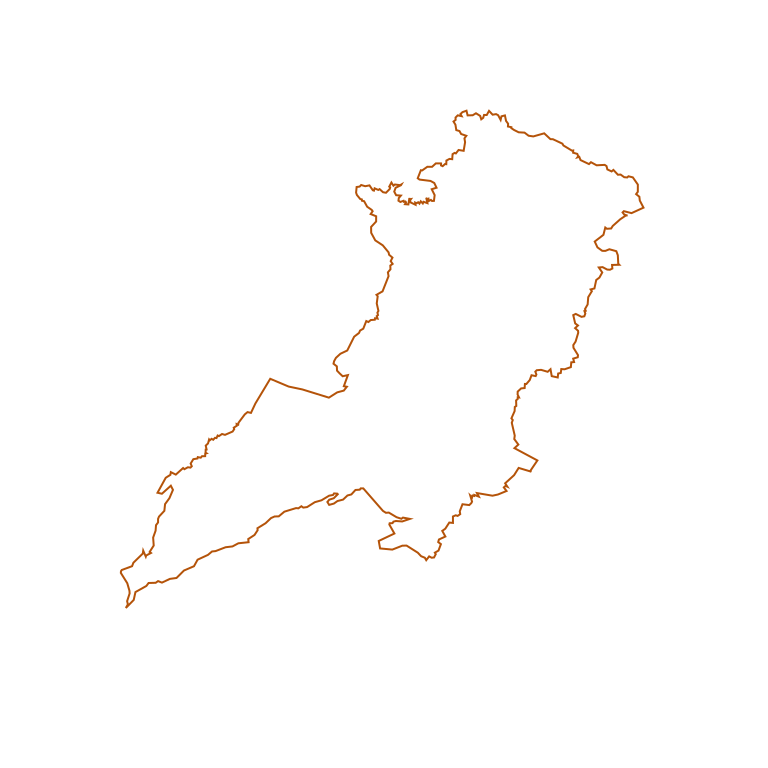 Puebla, Puebla, Mexico, rotated 198°
{"feature_id": "50627088B84847433271459", "entity_name": "Puebla", "entity_type": "district", "adm_level": 2, "iso_a3": "MEX", "parent_name": "Mexico", "parent_adm1": "Puebla", "projection": "mercator", "projection_center": [-98.163, 19.034], "detail": "fine", "context": "isolated", "style": "outline", "palette": "amber", "viewbox_px": 768, "rotation_deg": 198, "n_neighbors": 0, "source": "geoboundaries", "source_scale": "gbopen_adm2", "svg_char_len": 6163}
<svg xmlns="http://www.w3.org/2000/svg" viewBox="0 0 768 768"><g transform="rotate(198 384 384)"><path d="M412.8,443.8L412.6,442.3L416.4,440.7L418.0,438.1L420.3,438.4L420.8,430.2L423.3,427.4L423.5,424.9L427.0,419.8L429.3,404.5L434.8,399.3L437.8,394.0L438.5,390.3L438.3,387.7L434.3,386.2L432.8,382.2L429.5,380.4L425.7,378.6L421.1,381.3L421.5,369.5L418.5,369.9L420.2,365.3L425.9,361.6L432.2,354.0L460.0,353.6L473.9,352.1L493.8,353.8L500.3,325.7L501.6,315.4L505.1,315.1L507.0,312.1L510.4,302.2L510.1,300.3L511.8,300.4L511.1,298.8L513.4,296.0L512.5,294.8L513.3,292.0L519.5,286.5L522.6,286.4L524.9,283.4L526.3,283.6L526.6,280.8L528.1,280.6L529.2,278.2L531.0,278.6L532.3,276.6L533.2,277.2L533.0,273.1L534.5,270.3L532.5,266.9L533.3,266.5L532.5,263.6L531.4,263.3L532.5,262.6L531.8,260.1L534.8,259.1L535.5,257.3L538.5,256.9L538.4,255.5L542.1,253.6L543.3,248.6L541.4,246.4L542.2,244.7L544.8,244.2L547.5,241.3L549.1,242.0L554.0,233.5L559.5,234.3L559.1,231.6L562.6,227.4L565.8,210.6L561.3,211.0L555.3,221.4L552.0,218.1L552.8,209.1L555.1,202.1L553.7,195.5L557.0,188.4L557.2,185.9L556.1,182.5L557.2,179.3L555.9,173.9L556.1,166.6L553.1,159.2L555.0,151.9L553.4,151.3L557.2,147.4L557.2,146.2L561.5,151.1L561.0,148.2L567.1,136.6L567.3,132.9L575.9,126.1L576.3,124.7L575.9,123.0L566.6,115.2L562.2,108.7L561.2,106.2L561.2,98.1L559.5,95.3L560.3,91.2L555.3,101.3L556.1,109.3L547.6,118.5L546.4,122.0L539.7,124.4L538.0,126.7L533.8,126.5L527.4,132.5L521.4,135.4L516.6,144.8L508.4,152.0L507.0,159.3L498.6,167.1L495.8,171.6L492.6,173.0L484.2,179.8L477.9,182.7L473.3,187.5L463.9,191.7L465.2,194.6L460.5,200.4L459.0,205.9L459.8,207.7L453.6,215.0L450.0,221.6L447.1,224.2L443.2,225.6L439.3,231.8L429.3,238.8L427.0,239.3L424.8,242.2L422.6,241.5L419.1,243.2L413.3,250.2L407.5,254.1L401.7,260.8L398.2,262.7L397.7,264.5L394.5,265.3L393.9,264.9L396.5,259.8L400.3,257.1L401.4,254.3L398.8,252.1L394.7,254.8L392.1,258.3L387.2,261.4L384.3,266.7L380.9,268.9L378.4,274.4L374.4,276.0L373.9,277.5L371.4,278.3L345.8,263.0L342.4,262.1L339.7,263.2L330.9,261.2L325.8,261.2L324.7,262.8L317.7,263.7L324.2,258.9L330.3,257.4L332.5,256.0L332.9,254.3L335.6,253.3L335.5,252.0L327.9,245.0L340.5,233.1L336.9,226.4L324.9,229.1L316.6,235.9L312.6,237.3L299.7,234.0L295.5,231.7L291.5,231.4L289.4,229.5L287.8,234.0L285.0,233.5L282.8,234.5L282.2,238.2L283.5,239.3L280.7,242.4L280.4,249.3L283.6,250.4L283.7,253.1L278.5,257.9L283.2,262.3L281.0,265.3L279.1,272.4L275.5,273.2L277.5,279.3L275.2,281.3L273.2,281.3L271.3,283.8L272.6,286.3L272.2,293.9L265.5,295.2L264.2,297.6L263.9,299.3L267.5,304.6L265.2,303.5L265.3,305.3L263.7,305.4L263.9,306.4L259.0,306.2L261.9,309.0L246.3,311.3L241.5,314.1L234.4,320.1L238.1,322.7L236.9,324.7L235.0,324.5L238.1,327.0L232.1,337.5L230.0,345.8L216.8,346.1L218.0,346.6L214.5,358.7L240.1,363.3L237.5,367.9L243.1,371.9L243.7,375.3L250.5,386.6L250.4,389.5L252.2,390.7L251.4,398.6L252.5,402.6L251.4,404.0L253.3,409.2L252.2,411.1L252.7,412.6L251.4,412.9L253.7,415.3L254.5,418.1L252.2,422.2L249.0,423.6L250.0,427.6L248.6,428.0L246.6,432.8L246.4,437.9L242.2,438.4L242.0,440.1L243.9,442.5L243.0,444.3L239.0,446.0L232.1,446.2L230.2,449.5L226.9,443.3L220.8,443.9L221.6,447.8L219.3,449.1L220.0,453.0L216.8,453.8L211.5,457.8L212.6,462.5L210.0,463.6L211.9,466.6L208.0,469.3L208.4,471.4L215.0,477.0L216.0,479.5L214.9,483.5L215.1,492.7L215.9,494.6L219.5,496.2L217.6,499.6L220.9,500.7L225.3,508.0L223.3,509.9L216.9,508.9L214.4,510.3L214.3,513.2L215.9,515.3L214.8,516.0L216.0,517.4L214.9,522.6L216.6,529.7L215.0,536.5L216.7,537.8L213.4,539.9L214.3,548.5L212.0,551.8L210.9,557.5L215.7,561.2L212.2,562.7L207.1,561.8L204.4,562.5L202.5,564.4L203.9,567.7L197.1,570.1L198.4,570.8L201.4,578.7L204.1,582.1L211.3,581.8L214.6,579.0L217.6,578.1L223.2,579.9L227.6,584.6L221.4,593.7L221.9,601.2L220.0,600.5L216.0,602.1L215.3,605.0L210.2,613.7L206.0,619.1L204.4,619.4L207.9,619.4L210.1,620.9L209.3,622.5L201.4,623.0L191.7,631.9L197.4,637.5L199.0,641.0L202.9,642.5L202.0,645.2L204.2,652.1L211.2,657.4L215.7,657.1L216.5,655.6L219.4,654.9L223.7,656.3L226.2,655.3L232.0,658.5L233.2,656.5L237.9,657.1L239.7,660.0L241.8,660.6L249.4,657.7L255.7,658.9L257.0,656.5L266.3,657.7L268.5,660.4L270.1,659.3L269.7,660.7L271.3,662.6L275.6,662.4L276.2,664.6L277.3,664.0L287.1,666.3L288.6,667.7L299.0,669.0L301.4,668.3L309.1,671.9L318.5,665.6L323.2,664.8L328.0,666.5L333.7,665.0L338.9,665.8L342.0,666.7L342.2,667.6L345.7,667.2L346.4,669.9L349.2,671.9L352.0,676.8L355.0,674.9L354.7,671.2L358.5,674.9L360.8,675.3L363.9,673.7L368.5,676.2L369.4,671.6L372.0,670.8L371.9,667.8L373.3,665.8L375.4,668.7L380.2,669.9L382.7,667.0L387.5,665.3L390.0,669.4L393.4,666.8L394.7,664.4L392.9,662.7L396.9,662.3L398.3,659.5L397.5,657.3L399.0,655.1L396.2,652.7L393.7,647.8L390.4,647.9L387.9,645.6L382.4,645.5L383.4,642.5L381.6,639.0L380.3,630.4L385.4,629.6L386.9,625.5L388.3,625.6L389.8,623.8L388.6,618.9L391.3,618.3L393.7,615.8L392.7,612.3L393.9,612.1L395.5,609.3L397.3,609.5L397.9,611.4L402.9,609.8L405.4,605.4L409.9,604.0L413.7,598.9L415.0,598.7L415.5,590.1L413.4,589.4L402.5,591.5L398.3,590.7L394.7,586.9L398.8,584.0L394.2,579.3L393.1,573.6L394.9,572.9L396.3,573.6L397.9,571.9L398.9,573.8L399.6,572.7L401.4,574.2L398.6,569.4L402.7,569.5L402.9,567.7L405.5,569.1L406.0,566.5L407.7,567.4L408.7,566.1L410.4,566.2L409.4,564.2L414.8,564.9L416.0,566.6L415.5,568.2L416.6,567.6L417.3,568.7L416.3,562.3L419.6,561.5L419.2,563.6L420.0,564.2L421.3,563.4L422.0,564.3L424.7,562.2L426.9,562.8L427.4,565.4L426.2,568.4L430.8,567.3L433.7,570.1L433.6,574.2L429.3,578.3L429.1,579.2L430.1,578.1L435.3,577.1L436.3,575.5L439.2,577.9L440.0,573.3L438.9,572.9L438.8,571.3L441.2,566.5L444.2,566.1L448.4,568.0L449.4,566.8L453.4,567.2L453.3,564.8L454.5,564.8L459.2,568.4L463.0,566.3L467.2,566.2L468.2,564.2L470.9,562.9L469.7,557.4L468.2,555.4L463.8,552.6L462.1,552.7L461.6,551.5L459.4,551.7L454.8,547.4L449.5,545.8L448.2,544.8L449.2,541.5L443.3,541.1L441.7,536.1L444.8,529.4L442.9,523.8L436.7,517.9L428.0,515.5L420.3,510.6L419.1,508.5L415.0,506.8L415.6,502.9L412.9,500.9L414.6,498.6L413.3,495.1L414.8,491.4L413.0,488.0L414.0,471.7L418.7,466.5L417.1,465.5L415.8,458.4L411.9,451.8L412.3,449.8L411.0,447.7L411.9,446.3L410.3,444.2L412.8,443.8Z" fill="none" stroke="#b45309" stroke-width="2"/></g></svg>